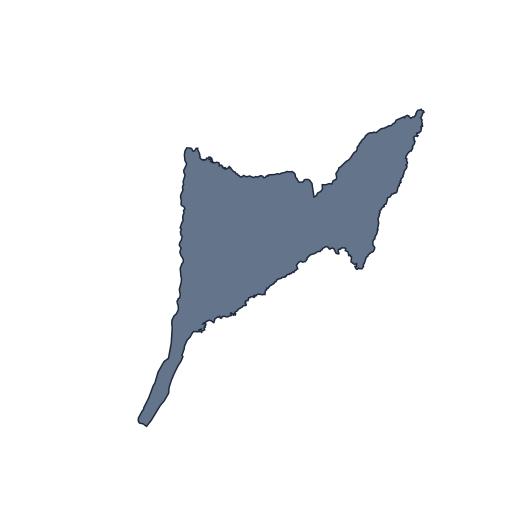 Calçoene, Amapá, Brazil (orthographic projection), rotated 203°
{"feature_id": "56859067B29403659487824", "entity_name": "Calçoene", "entity_type": "district", "adm_level": 2, "iso_a3": "BRA", "parent_name": "Brazil", "parent_adm1": "Amapá", "projection": "orthographic", "projection_center": [-51.471, 2.615], "detail": "fine", "context": "isolated", "style": "filled", "palette": "slate", "viewbox_px": 512, "rotation_deg": 203, "n_neighbors": 0, "source": "geoboundaries", "source_scale": "gbopen_adm2", "svg_char_len": 6155}
<svg xmlns="http://www.w3.org/2000/svg" viewBox="0 0 512 512"><g transform="rotate(203 256 256)"><path d="M161.4,455.6L161.8,454.7L163.9,453.5L164.4,451.7L164.4,449.0L164.0,448.6L164.9,445.6L166.1,445.2L167.2,443.3L169.7,444.1L170.0,444.6L171.7,444.6L173.3,442.7L173.2,441.4L174.4,441.7L180.0,435.9L180.3,432.5L181.3,431.7L182.6,428.7L184.9,427.6L185.9,425.8L187.2,424.9L187.2,424.3L190.6,422.0L193.7,416.4L195.9,416.1L196.5,415.2L199.4,413.8L200.7,412.4L202.2,409.2L202.2,407.0L203.4,404.9L204.1,402.6L203.9,401.1L204.7,400.3L204.5,398.6L205.4,395.6L204.6,393.9L204.6,391.9L206.3,389.1L207.4,382.8L208.3,380.4L209.9,378.4L213.1,370.8L214.2,369.5L213.8,367.7L214.6,363.0L212.4,359.8L212.2,357.8L214.3,355.6L214.4,351.9L216.9,351.2L219.5,348.9L222.9,347.5L220.9,343.4L221.8,340.5L223.8,338.2L224.1,335.0L225.7,333.0L232.8,344.6L235.9,346.5L237.4,346.9L240.3,345.9L241.4,344.7L241.3,343.5L242.0,342.3L245.0,340.7L247.8,342.3L248.7,343.3L250.2,343.7L251.8,346.3L253.1,347.3L255.7,347.8L259.1,346.1L260.4,346.0L262.0,344.3L265.3,341.9L266.3,340.4L268.4,340.2L270.6,338.3L275.7,335.8L276.5,335.1L276.4,334.0L277.5,333.9L278.2,332.0L279.2,331.1L281.4,332.1L283.1,331.7L285.6,329.2L287.3,329.0L288.9,327.2L293.1,327.2L295.6,325.2L298.9,325.3L300.0,323.1L301.7,322.8L303.4,323.6L304.2,323.3L305.3,324.2L306.3,323.8L307.9,325.1L309.6,324.9L312.6,326.4L313.8,326.5L313.7,327.2L315.6,327.9L316.1,326.0L317.5,324.4L317.9,324.7L318.7,324.0L319.4,324.1L319.2,325.1L320.8,324.2L321.5,324.4L321.5,325.2L322.9,326.1L324.0,325.7L325.0,324.7L325.4,326.0L326.6,327.3L328.7,327.0L330.2,325.7L332.0,325.7L332.0,324.9L334.3,325.3L333.4,326.2L333.7,327.3L336.3,326.7L334.9,328.5L336.4,329.1L338.0,328.7L337.9,327.7L339.8,326.6L339.6,324.9L342.0,324.2L341.8,323.6L343.9,323.6L346.2,324.7L346.3,325.8L347.3,326.6L347.6,327.8L351.4,331.2L351.7,332.4L353.2,331.7L353.5,329.2L354.3,328.0L355.1,327.9L356.9,329.5L358.1,329.8L362.0,328.5L362.4,324.9L361.5,321.2L358.7,316.1L356.3,314.1L355.7,312.9L356.0,306.5L354.7,304.3L353.2,303.1L352.8,302.0L352.1,295.7L350.6,293.7L350.8,291.2L348.9,287.8L349.2,283.5L348.6,280.9L346.6,278.2L345.1,274.1L343.8,273.3L341.6,273.2L339.9,271.6L340.5,269.5L339.0,267.4L339.2,265.4L338.7,263.3L336.8,259.5L337.3,258.2L336.8,252.2L335.1,251.5L335.0,248.6L333.2,245.9L331.9,245.4L331.5,244.6L330.9,241.3L331.3,239.4L331.1,236.6L330.2,235.4L328.1,234.2L327.6,229.7L325.2,227.1L321.8,224.7L320.5,221.9L321.2,220.0L320.9,214.9L317.1,207.8L316.0,206.6L314.6,202.7L313.5,195.2L310.6,190.8L310.1,188.8L310.0,187.6L311.0,186.4L310.7,184.7L311.1,183.7L309.5,181.1L308.5,180.5L306.5,176.3L306.7,171.6L308.0,169.1L308.3,164.0L306.7,159.9L305.4,158.0L300.1,143.1L296.6,127.6L299.4,123.0L300.8,110.9L299.4,99.6L299.9,96.8L299.3,83.4L300.0,72.4L299.6,71.0L300.3,67.9L300.9,60.9L300.2,58.6L298.7,57.0L297.6,56.7L294.4,57.4L290.2,56.4L288.2,64.0L285.7,81.1L283.9,86.8L282.8,95.6L284.6,100.9L285.3,107.7L285.4,115.5L284.9,124.3L284.0,129.3L283.9,134.4L284.1,135.0L285.3,135.4L285.4,135.9L285.8,142.7L286.6,144.7L286.5,151.7L285.0,155.5L284.6,160.0L284.1,161.7L283.6,162.2L278.8,164.0L278.7,164.6L279.5,165.2L279.6,165.8L278.0,167.2L277.4,165.2L276.5,164.3L276.1,164.6L276.5,165.6L274.4,168.0L275.7,169.5L274.9,170.8L275.7,171.5L275.3,172.4L275.5,173.8L276.7,173.9L278.3,172.8L278.1,173.8L276.7,174.9L276.0,176.4L274.1,178.5L272.0,178.9L269.0,178.1L268.7,178.6L269.3,181.8L267.8,184.6L266.7,185.0L266.0,186.2L264.4,184.8L263.8,185.0L263.3,186.2L263.5,187.0L261.6,188.2L259.8,188.3L258.1,189.0L257.2,190.3L255.4,191.7L255.4,192.3L257.0,193.3L256.9,193.9L254.4,193.3L253.6,192.7L253.1,193.5L252.0,193.6L252.3,195.0L252.7,195.3L253.4,194.9L253.4,195.4L253.2,196.6L251.6,198.4L251.7,199.9L248.8,203.5L248.4,205.2L245.9,206.6L246.1,207.8L247.3,208.0L247.3,209.4L248.1,210.2L247.0,211.4L245.9,211.8L246.4,214.6L245.1,215.4L245.0,216.2L243.6,217.1L241.7,217.1L241.2,218.0L242.5,218.6L242.3,219.1L240.3,219.6L240.3,220.4L239.0,221.8L234.5,223.0L234.2,223.7L232.7,224.0L233.7,227.0L233.8,228.1L232.9,229.0L233.5,230.6L232.2,231.1L231.7,233.6L228.6,237.9L228.8,238.6L228.3,239.7L227.7,239.9L227.2,242.9L224.2,245.2L223.4,246.6L221.0,248.0L221.3,248.4L220.3,249.2L220.3,250.7L218.0,252.4L218.1,252.9L216.9,253.5L215.9,255.7L214.8,255.7L214.3,258.0L213.5,258.7L213.3,260.0L212.6,260.5L215.2,263.3L214.2,266.8L213.0,268.4L211.9,268.8L210.8,268.5L208.4,270.2L207.7,273.2L208.3,274.0L206.4,278.4L202.8,281.3L201.0,284.1L198.6,285.4L198.6,286.5L197.6,287.6L197.7,288.8L195.3,292.0L193.5,292.4L191.1,291.0L190.3,291.4L189.7,292.7L187.5,293.4L183.2,289.7L180.7,290.2L180.8,291.2L181.9,291.8L182.6,294.3L181.0,295.2L180.3,297.0L177.0,298.2L176.3,297.8L175.9,295.8L173.1,295.9L170.8,292.7L170.1,293.6L169.3,293.3L169.0,292.6L167.7,292.5L166.3,287.8L162.0,286.7L160.5,288.3L159.4,286.1L159.7,285.4L160.2,285.7L160.7,285.3L160.8,284.8L158.7,283.3L158.1,283.1L157.4,283.5L156.7,285.0L155.7,284.8L153.5,285.6L152.9,288.4L153.6,289.2L153.9,290.7L153.4,291.1L154.0,298.0L153.0,299.3L153.2,300.7L151.5,304.2L150.6,304.8L149.8,306.2L149.6,308.4L150.0,310.2L152.8,312.1L154.1,315.0L153.9,317.4L153.3,318.2L154.0,320.5L153.5,323.3L154.1,327.9L154.6,327.7L155.8,334.1L158.3,337.9L158.3,341.7L159.0,342.7L158.7,344.4L159.8,345.5L159.0,347.3L158.8,349.8L157.3,351.7L158.2,352.4L157.4,354.1L156.6,354.6L157.1,359.0L157.7,360.8L155.7,362.9L155.0,366.5L153.9,366.7L153.0,368.4L152.0,368.5L151.3,370.1L152.2,374.7L152.1,375.9L151.5,376.7L152.3,378.2L151.3,380.6L152.5,380.9L152.0,382.1L152.7,383.3L151.6,386.6L152.2,387.4L152.0,388.6L152.7,392.0L151.8,395.8L152.1,397.7L152.8,398.4L153.4,398.4L152.8,400.5L153.6,401.8L154.8,402.6L155.0,404.2L155.4,404.6L156.4,404.4L156.8,406.3L156.3,410.0L155.3,412.6L154.0,413.4L154.2,414.9L153.8,415.4L154.3,417.6L154.8,417.9L154.1,421.2L154.5,423.8L155.7,424.0L155.8,425.4L157.2,426.4L156.7,428.0L155.6,429.1L154.2,429.1L153.9,430.1L155.1,430.3L156.0,431.7L155.0,432.2L155.0,432.8L153.7,433.4L153.9,434.1L153.0,435.2L153.6,438.1L154.7,439.1L154.0,440.2L153.4,440.3L153.5,440.9L154.6,441.4L154.4,442.6L156.0,444.4L156.3,446.2L158.5,447.5L158.0,449.3L158.3,452.5L157.5,454.1L158.7,455.0L159.9,454.8L161.4,455.6Z" fill="#64748b" stroke="#1e293b" stroke-width="1.5"/></g></svg>